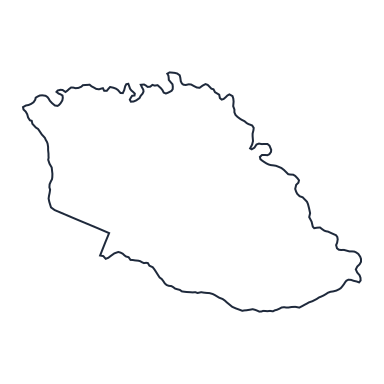 the district of Angélica, Mato Grosso do Sul, Brazil
{"feature_id": "56859067B10068689760359", "entity_name": "Angélica", "entity_type": "district", "adm_level": 2, "iso_a3": "BRA", "parent_name": "Brazil", "parent_adm1": "Mato Grosso do Sul", "projection": "albers", "projection_center": [-53.859, -22.058], "detail": "fine", "context": "isolated", "style": "outline", "palette": "slate", "viewbox_px": 384, "rotation_deg": 0, "n_neighbors": 0, "source": "geoboundaries", "source_scale": "gbopen_adm2", "svg_char_len": 4641}
<svg xmlns="http://www.w3.org/2000/svg" viewBox="0 0 384 384"><path d="M233.6,101.6L233.3,98.6L232.5,96.1L229.4,94.4L227.4,95.5L225.7,97.2L223.6,99.0L221.7,99.6L219.9,98.1L219.2,94.7L215.0,92.2L213.5,89.3L211.4,88.7L209.7,86.9L207.7,84.9L205.5,84.1L202.6,85.6L199.6,87.8L196.8,87.5L193.8,86.0L191.1,84.5L188.7,84.3L185.7,85.0L183.4,84.7L181.9,83.5L180.8,81.3L180.3,77.7L179.7,75.3L177.2,73.5L174.8,72.9L172.9,72.7L169.6,72.4L167.3,73.7L168.4,75.6L168.7,77.9L168.8,79.9L170.6,82.1L172.5,84.3L172.8,86.7L172.7,89.1L171.6,90.8L169.8,91.8L168.0,92.7L165.9,93.5L163.7,92.6L162.5,90.2L161.0,88.3L157.6,85.2L154.7,85.6L152.4,84.9L150.2,86.7L147.6,86.9L145.7,85.4L144.0,84.5L140.8,84.8L141.9,87.2L143.3,89.7L143.5,91.6L142.6,93.6L140.7,95.8L139.5,98.1L136.2,100.4L133.6,101.5L130.9,101.7L129.8,99.7L130.9,97.6L132.1,95.8L134.5,95.5L134.8,93.6L133.2,92.0L131.4,90.5L130.1,88.8L129.2,86.2L128.3,83.8L126.3,84.2L125.2,86.2L124.2,90.1L122.8,93.1L120.5,93.0L119.3,91.6L117.8,89.9L115.8,88.6L113.3,87.7L110.1,87.0L108.6,88.6L106.8,90.8L104.2,90.8L102.9,88.2L100.9,88.7L99.0,89.3L96.2,88.9L93.8,87.5L91.5,86.3L89.6,84.7L87.5,84.9L85.3,85.0L82.9,85.2L81.3,86.7L78.5,87.9L75.6,88.2L73.3,87.6L71.1,87.5L69.1,89.0L67.4,90.6L65.5,92.0L62.6,90.0L60.5,89.8L57.7,90.5L56.5,91.9L58.6,93.6L60.5,94.3L62.5,95.5L62.8,97.9L62.3,100.5L60.6,103.2L59.1,104.9L57.6,105.9L54.9,105.5L52.0,103.1L49.8,100.7L48.7,98.7L47.5,97.1L45.6,95.8L42.3,95.3L39.8,95.5L37.5,96.6L35.7,97.7L35.2,99.8L33.5,102.3L31.1,103.9L28.6,105.0L25.9,105.5L23.0,107.1L23.5,109.5L25.7,111.6L27.2,114.2L28.1,117.5L29.9,120.3L31.7,120.8L32.4,123.8L35.8,127.5L38.1,129.0L39.4,130.9L41.8,134.5L43.4,136.2L44.9,137.9L45.8,140.0L46.9,141.8L47.6,143.7L48.1,147.0L48.1,149.9L48.5,153.8L48.5,155.8L48.6,157.8L48.2,159.8L48.9,161.9L49.5,163.7L51.7,167.5L52.4,173.8L52.3,177.2L52.0,179.2L50.8,181.5L49.6,184.3L49.4,187.3L50.1,189.7L49.6,193.0L49.0,195.8L48.6,198.6L49.3,201.9L50.1,204.5L51.0,207.4L54.7,210.1L76.4,219.3L97.7,228.2L109.1,233.1L107.8,236.3L105.6,241.6L100.1,255.5L103.3,256.1L105.7,258.8L108.3,257.8L110.8,255.9L114.3,253.4L116.5,252.6L118.3,252.0L120.5,252.6L122.7,253.7L124.4,255.3L126.0,256.5L128.6,257.2L130.5,259.9L132.7,260.0L135.0,260.4L138.3,260.7L140.2,261.2L141.9,262.2L143.9,263.1L146.2,262.8L147.9,263.1L149.4,265.7L152.7,267.2L154.4,269.4L156.1,272.0L157.8,274.7L159.6,277.5L161.7,279.0L163.3,281.1L164.8,283.4L166.6,285.0L168.7,285.8L171.4,286.1L173.3,287.2L175.1,288.6L177.5,289.3L179.8,289.9L181.9,291.4L184.0,291.7L186.6,292.0L190.2,292.2L192.6,292.4L195.3,292.2L197.6,293.0L199.3,292.6L201.2,292.2L203.6,292.6L206.4,292.9L209.5,293.1L212.7,294.0L214.7,295.0L219.2,297.7L222.6,299.0L225.0,300.7L226.7,302.3L229.4,304.5L232.2,306.8L235.8,308.4L238.6,309.4L240.5,310.1L242.3,310.8L244.4,310.4L246.2,310.3L248.1,310.0L250.0,309.7L252.7,309.2L255.3,309.9L257.1,310.6L259.3,311.6L261.4,311.5L263.1,310.9L265.4,311.0L267.3,311.2L270.0,310.9L272.9,311.3L274.9,310.3L276.9,309.8L279.4,308.7L281.6,307.5L284.1,307.2L286.0,307.5L288.6,307.5L291.6,307.0L293.6,306.9L295.7,306.9L299.3,307.6L302.4,306.0L304.9,304.6L306.7,303.7L308.9,302.4L312.4,301.2L316.7,299.0L319.1,297.4L320.9,296.7L323.5,295.5L325.9,294.1L328.0,292.7L330.4,291.8L333.2,291.4L336.3,290.6L339.0,289.3L340.7,288.2L342.1,286.6L344.0,284.1L345.1,282.3L346.4,280.7L348.4,279.7L351.1,279.9L353.6,280.8L356.7,281.5L359.1,282.4L360.6,280.5L360.5,277.9L359.6,275.3L357.2,272.5L355.8,269.4L357.3,266.5L359.6,264.3L361.0,261.8L361.0,259.0L360.2,256.7L358.3,253.9L356.1,252.4L354.4,251.6L352.1,251.4L349.4,251.4L346.5,250.6L343.9,249.9L341.0,250.0L338.8,249.7L337.0,248.3L336.1,245.1L337.1,242.8L337.7,239.4L337.3,237.0L336.0,235.2L333.7,234.2L330.6,232.8L328.0,231.6L326.2,231.3L324.4,230.7L322.2,229.2L320.0,227.5L317.0,227.7L314.2,228.2L312.8,226.7L312.3,224.6L311.6,221.7L309.2,217.1L310.1,213.2L309.1,208.5L308.0,204.2L307.0,201.8L305.6,200.3L304.3,199.0L302.7,197.3L299.6,196.2L297.2,193.8L296.1,191.6L295.2,188.9L296.2,184.8L298.4,182.7L299.0,180.3L297.5,178.3L295.2,175.9L293.2,174.7L290.0,174.5L288.2,174.2L286.5,172.5L284.0,170.0L281.4,168.0L278.3,166.7L276.0,165.8L273.5,165.4L270.8,165.1L268.7,164.5L266.4,163.4L263.9,161.8L262.0,160.5L260.4,159.2L259.9,156.9L262.0,155.0L265.2,155.0L267.4,155.2L269.4,154.2L271.0,151.9L271.2,149.8L269.5,145.7L267.5,144.0L263.7,144.0L261.8,144.1L258.9,143.6L256.5,144.5L254.4,147.7L251.7,149.3L250.1,148.4L252.1,144.6L253.0,141.1L252.6,136.1L252.6,133.6L253.4,130.4L253.7,127.9L252.2,125.5L250.2,124.7L248.5,124.1L246.7,123.1L244.5,121.2L241.5,119.7L239.8,118.6L237.4,116.8L235.5,114.9L234.4,112.3L234.4,109.5L233.2,106.2L233.6,101.6Z" fill="none" stroke="#1e293b" stroke-width="2"/></svg>